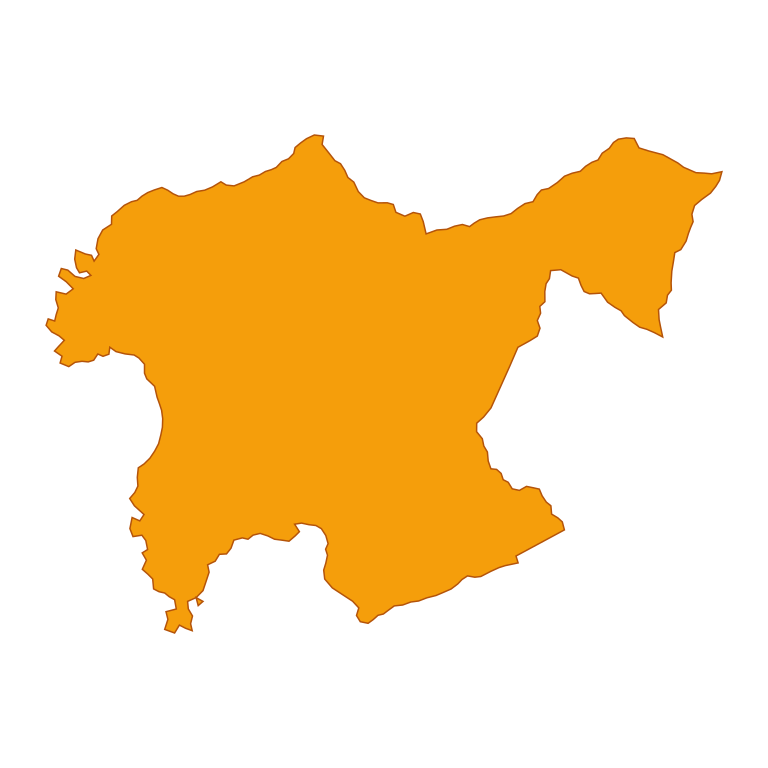 Campo Erê, Santa Catarina, Brazil (orthographic projection)
{"feature_id": "56859067B34137099014381", "entity_name": "Campo Erê", "entity_type": "district", "adm_level": 2, "iso_a3": "BRA", "parent_name": "Brazil", "parent_adm1": "Santa Catarina", "projection": "orthographic", "projection_center": [-53.133, -26.462], "detail": "fine", "context": "isolated", "style": "filled", "palette": "amber", "viewbox_px": 768, "rotation_deg": 0, "n_neighbors": 0, "source": "geoboundaries", "source_scale": "gbopen_adm2", "svg_char_len": 4125}
<svg xmlns="http://www.w3.org/2000/svg" viewBox="0 0 768 768"><path d="M295.1,147.5L293.7,153.5L288.5,158.8L281.9,161.5L276.3,167.4L271.2,169.7L265.4,171.5L259.3,175.1L252.6,176.8L244.2,181.8L234.1,185.9L226.3,185.1L220.9,181.8L212.5,186.9L204.7,190.2L196.7,191.5L190.1,194.5L184.2,196.2L178.5,196.2L173.1,193.8L167.7,190.2L161.9,187.5L154.2,190.0L147.7,192.6L141.9,196.2L137.2,200.3L131.5,201.7L124.3,205.3L117.1,211.7L111.7,216.0L111.5,224.3L102.7,230.0L98.0,238.7L96.2,248.7L98.9,254.4L94.1,261.1L91.5,255.3L85.4,254.0L75.8,250.0L74.7,259.1L76.5,267.7L79.5,272.8L86.7,271.1L90.9,275.4L83.7,278.5L75.0,276.4L67.8,270.1L61.3,268.5L58.6,276.2L66.3,281.8L73.2,288.8L66.1,294.1L56.2,291.8L55.8,299.6L58.3,307.9L56.2,314.6L54.7,321.0L48.2,318.9L46.1,325.3L51.7,331.9L59.1,335.9L64.3,340.3L58.7,346.3L54.5,351.0L62.0,356.2L60.1,363.0L68.8,366.6L75.1,362.3L82.0,361.3L88.2,361.9L93.7,360.2L97.8,354.0L103.0,356.3L108.9,354.2L109.8,347.2L116.0,351.6L125.1,353.9L134.1,355.0L138.9,358.0L144.5,364.2L144.5,373.2L146.8,378.9L154.6,386.3L157.1,397.2L159.4,403.6L161.6,410.3L162.7,418.7L162.4,427.3L160.9,434.7L158.6,443.7L154.7,451.1L149.9,458.2L144.0,464.0L138.3,467.8L137.3,477.4L137.9,486.1L134.8,492.5L129.7,498.5L134.4,505.8L138.6,509.6L144.0,514.5L139.8,520.9L132.1,517.5L129.9,528.6L133.0,536.6L141.9,535.2L145.8,540.5L147.6,549.5L142.2,552.9L146.4,560.2L142.3,569.3L147.9,574.2L152.7,579.0L153.6,588.9L159.0,591.7L164.7,593.0L169.2,596.7L174.6,599.7L176.3,609.0L166.0,611.7L167.9,619.4L164.7,629.4L174.6,633.0L179.4,625.1L185.6,628.3L192.2,630.7L190.6,623.7L192.5,616.0L188.3,608.9L187.6,601.4L196.1,597.6L203.0,590.6L206.2,581.0L209.1,572.2L207.6,564.8L215.2,561.2L219.4,554.3L226.5,553.9L231.0,548.2L233.9,540.1L242.3,537.9L248.0,539.2L253.1,535.1L260.2,533.4L267.8,535.9L274.5,539.2L281.5,540.1L289.0,541.2L295.3,535.8L299.4,531.7L294.6,524.2L301.5,523.1L309.0,524.7L315.9,525.5L321.4,528.7L325.8,535.5L328.1,543.6L325.6,549.2L327.5,555.2L325.8,563.2L323.7,570.1L324.7,579.0L332.3,587.9L345.1,596.3L352.6,601.2L358.8,607.9L356.5,615.5L360.3,621.7L368.1,623.3L373.2,619.6L378.0,615.3L383.4,614.0L388.4,610.2L394.3,605.9L402.7,605.0L410.8,602.0L418.6,601.0L426.9,597.8L436.0,595.5L443.1,592.5L451.1,589.0L457.8,583.9L462.0,579.5L467.5,575.9L474.8,577.2L480.8,576.5L490.9,571.3L499.0,567.6L505.3,565.6L511.5,564.3L518.1,562.9L516.0,556.0L564.4,529.9L562.3,521.9L557.9,517.9L551.6,514.1L550.9,505.8L546.3,502.1L542.1,495.8L539.3,489.1L533.4,487.8L526.5,486.4L519.4,490.4L512.2,488.8L508.2,482.3L503.2,479.7L501.1,473.4L496.6,469.4L490.9,468.8L488.2,461.0L487.4,452.0L483.8,446.0L482.3,438.7L476.6,431.7L476.7,423.2L483.6,417.0L491.0,407.9L509.6,366.5L517.9,347.3L530.2,340.5L537.3,336.1L540.0,328.2L537.3,320.5L540.6,313.2L539.8,306.4L544.9,301.7L544.8,291.5L546.1,283.7L549.4,278.7L550.6,270.6L560.8,269.7L566.2,272.7L572.1,276.0L578.4,278.1L581.1,285.5L584.1,291.5L589.5,293.8L595.4,293.5L601.1,293.1L607.6,302.2L614.9,307.3L621.1,310.8L624.4,315.6L633.0,322.5L639.7,327.2L646.9,329.3L654.3,332.6L662.7,337.0L660.6,327.2L659.1,319.6L658.5,309.5L666.2,302.9L667.5,295.2L671.4,290.2L671.1,282.9L671.8,271.2L673.5,261.1L674.8,252.6L680.8,249.6L686.1,241.1L688.5,233.2L690.6,227.5L693.1,221.7L691.9,214.2L694.6,205.5L701.7,199.5L710.5,193.1L715.8,186.4L719.5,180.4L721.9,171.7L711.7,173.8L704.0,173.1L696.0,172.7L683.6,167.3L677.9,163.0L662.9,154.7L648.5,150.9L639.0,147.9L634.2,138.5L626.3,137.9L618.3,139.2L613.5,142.5L609.3,148.3L602.2,153.2L598.0,160.0L591.9,162.3L585.6,166.3L580.3,171.3L572.2,173.2L564.5,176.2L557.3,182.6L548.6,188.5L541.4,190.0L537.2,194.6L533.0,201.7L525.0,203.6L517.5,208.5L511.1,213.6L503.6,216.0L495.3,216.9L487.5,217.9L479.7,219.8L474.1,223.2L469.6,226.6L462.4,224.5L454.5,226.2L446.8,229.3L436.9,230.0L426.1,233.9L423.2,221.5L420.3,214.0L413.3,212.5L404.9,216.2L395.9,212.3L393.3,204.5L387.3,202.8L378.0,202.9L370.8,200.4L364.3,197.8L358.3,191.6L353.8,182.1L347.9,177.5L344.8,170.4L340.5,163.7L334.9,160.7L329.2,153.4L322.1,144.5L323.5,136.1L314.3,135.0L306.5,138.7L300.8,142.8L295.1,147.5ZM196.1,597.6L198.2,605.6L203.0,601.4L196.1,597.6Z" fill="#f59e0b" stroke="#b45309" stroke-width="1.5"/></svg>